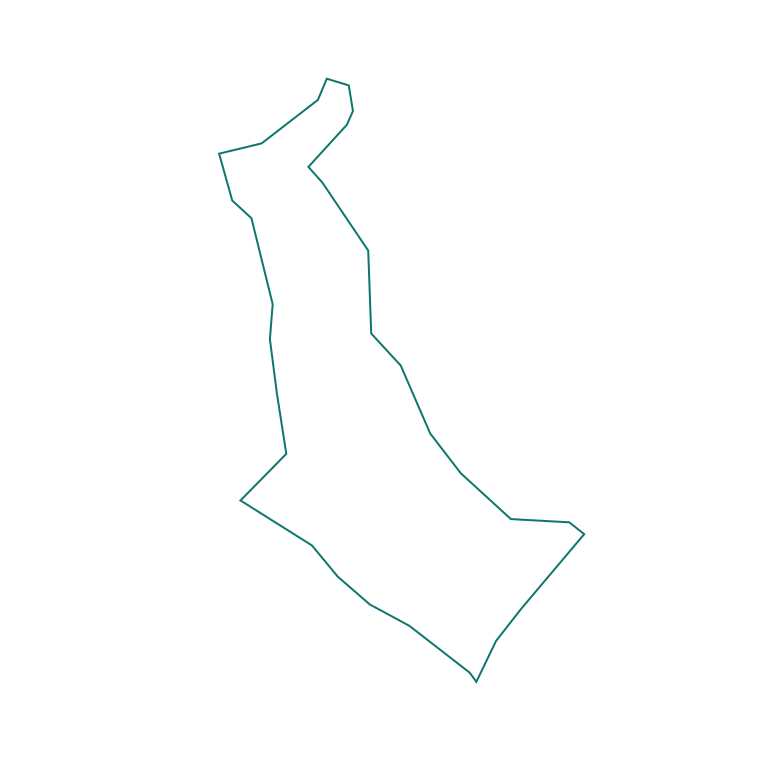 Eastern, American Samoa, United States of America, rotated 258°
{"feature_id": "52423323B36058634620210", "entity_name": "Eastern", "entity_type": "district", "adm_level": 2, "iso_a3": "USA", "parent_name": "United States of America", "parent_adm1": "American Samoa", "projection": "albers", "projection_center": [-170.642, -14.28], "detail": "fine", "context": "isolated", "style": "outline", "palette": "teal", "viewbox_px": 768, "rotation_deg": 258, "n_neighbors": 0, "source": "geoboundaries", "source_scale": "gbopen_adm2", "svg_char_len": 560}
<svg xmlns="http://www.w3.org/2000/svg" viewBox="0 0 768 768"><g transform="rotate(258 384 384)"><path d="M195.5,548.6L210.2,536.4L225.5,480.0L280.8,440.5L326.0,418.9L398.6,404.2L436.0,382.0L517.8,396.3L593.8,365.6L612.1,355.2L645.3,401.6L657.5,410.4L683.4,411.6L694.5,391.5L675.7,378.5L644.8,314.3L643.6,270.6L595.0,273.7L573.7,288.8L485.2,291.7L451.5,281.7L397.1,277.3L336.0,273.9L299.9,219.4L241.0,280.0L205.0,298.8L171.3,324.3L142.1,358.6L83.8,407.8L73.5,412.4L109.4,440.2L135.7,471.6L195.5,548.6Z" fill="none" stroke="#0f766e" stroke-width="2"/></g></svg>